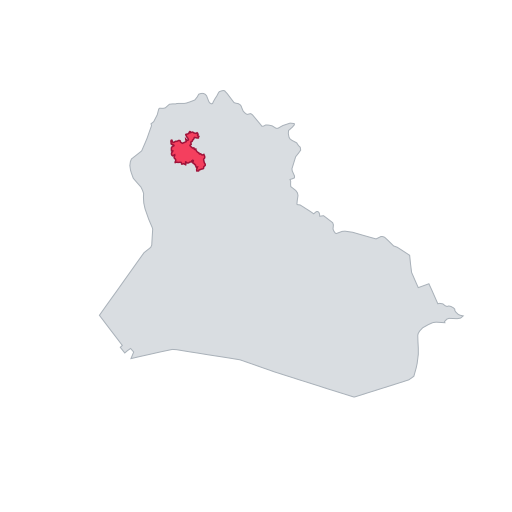 Al-Mosul, Ninawa, Iraq (highlighted), rotated 337°
{"feature_id": "34846034B66599568712680", "entity_name": "Al-Mosul", "entity_type": "district", "adm_level": 2, "iso_a3": "IRQ", "parent_name": "Iraq", "parent_adm1": "Ninawa", "projection": "natural_earth1", "projection_center": [43.075, 36.099], "detail": "fine", "context": "in_parent", "style": "filled", "palette": "rose", "viewbox_px": 512, "rotation_deg": 337, "n_neighbors": 0, "source": "geoboundaries", "source_scale": "gbopen_adm2", "svg_char_len": 8093}
<svg xmlns="http://www.w3.org/2000/svg" viewBox="0 0 512 512"><g transform="rotate(337 256 256)"><path d="M211.0,93.3L214.3,92.4L220.3,87.4L223.9,82.7L225.0,82.3L228.2,83.8L230.4,84.2L235.6,82.5L238.7,83.4L241.4,84.6L242.8,84.7L249.8,87.6L251.6,88.0L255.2,88.3L260.6,88.5L264.1,86.6L266.5,84.7L268.2,84.8L269.9,85.2L271.3,86.0L272.5,87.4L273.1,89.3L272.9,95.6L273.4,97.3L274.4,98.5L275.6,98.7L277.0,97.3L279.6,95.3L282.7,93.2L285.1,91.2L286.4,90.4L288.5,90.5L290.6,90.9L291.8,91.8L291.8,92.2L292.9,95.1L295.7,106.2L297.3,107.6L299.1,108.7L300.4,110.4L300.9,112.0L300.8,114.6L300.8,117.6L301.6,119.8L302.6,121.6L303.6,122.4L305.0,122.5L306.8,122.9L307.9,124.7L311.7,137.2L312.1,138.9L313.7,139.4L316.2,139.2L318.9,140.5L321.7,142.5L324.4,146.3L326.1,147.0L331.7,146.4L339.3,147.0L342.9,149.0L342.6,150.2L339.8,151.6L335.0,153.2L333.6,155.9L332.8,159.4L333.0,161.4L334.2,163.5L337.7,167.8L337.9,169.4L338.5,171.6L339.2,173.1L338.5,176.0L335.4,177.9L331.3,180.1L323.2,189.7L322.6,191.8L322.7,197.5L321.9,199.1L319.3,199.1L317.2,198.8L317.1,200.8L315.9,203.4L315.1,205.7L318.2,211.2L318.8,214.1L318.3,216.7L315.5,221.3L313.9,224.3L314.3,225.0L316.5,226.2L323.4,236.2L325.6,239.7L328.5,238.8L329.5,238.8L330.4,239.4L330.9,240.6L330.9,242.1L330.2,244.3L333.9,245.3L335.2,247.5L339.6,255.3L339.4,257.6L337.4,261.3L337.4,263.7L337.9,265.9L338.6,266.7L344.9,267.0L347.6,267.9L354.2,271.9L361.7,278.0L367.9,283.0L373.2,287.2L378.7,286.9L380.3,287.7L381.7,289.0L383.3,292.5L386.6,300.5L389.4,303.1L393.7,309.4L397.7,315.4L395.2,323.5L392.8,331.9L392.9,342.7L393.0,348.5L398.3,348.8L404.3,349.1L404.5,356.0L404.6,363.0L404.7,371.0L406.5,371.3L409.3,373.1L410.6,375.6L412.1,377.1L413.9,377.3L415.7,378.6L417.5,380.9L418.2,382.6L417.7,383.8L418.1,385.9L419.4,388.9L420.9,390.4L423.3,392.1L420.1,393.1L416.7,392.3L409.3,388.8L407.0,388.7L403.9,390.0L403.8,391.2L396.0,387.3L393.2,386.5L392.2,386.4L387.7,386.5L381.4,387.2L377.7,388.8L375.2,390.5L374.0,392.1L373.6,393.0L371.7,397.9L369.4,404.2L367.0,409.9L362.4,417.8L359.8,421.5L354.3,428.4L348.3,429.7L334.2,428.4L318.7,426.9L303.2,425.4L291.7,424.3L290.8,423.9L279.4,414.2L270.3,406.5L259.1,396.8L247.6,387.0L236.0,377.0L227.6,369.8L217.4,360.5L208.1,352.0L200.7,345.3L191.4,339.4L184.0,334.8L173.3,328.2L164.8,322.8L157.5,318.3L146.3,311.2L142.5,309.3L130.9,307.0L119.8,305.0L108.4,302.9L100.8,301.6L105.9,296.6L104.4,292.1L100.7,292.9L97.3,294.0L95.4,287.0L98.0,286.1L95.7,277.0L93.3,267.7L91.0,258.6L88.7,249.4L98.4,243.4L105.6,239.0L115.8,232.8L125.5,226.8L134.8,221.1L145.0,214.8L154.2,209.2L162.5,206.9L164.3,205.2L168.1,197.5L171.4,190.9L171.6,189.4L171.6,180.1L172.3,169.2L173.4,163.4L175.2,158.3L177.0,154.5L177.2,151.0L177.0,147.5L175.2,142.1L173.4,136.5L173.7,131.0L174.0,128.1L175.2,123.5L177.2,120.1L179.3,118.0L187.1,115.9L191.8,114.6L198.1,108.6L201.8,105.0L206.9,99.4L210.7,95.3L211.0,93.8L211.0,93.3Z" fill="#d9dde1" stroke="#a8b0b8" stroke-width="1"/><path d="M250.1,123.5L250.0,123.4L249.8,123.0L249.7,122.9L249.4,122.6L249.4,122.3L249.4,122.1L249.5,121.8L249.6,121.6L250.0,121.5L250.2,121.4L250.2,120.4L249.8,120.0L249.9,119.8L250.0,119.7L249.9,119.5L249.6,119.6L249.2,119.6L248.9,119.7L248.7,119.6L248.4,119.5L248.1,119.4L247.8,119.1L247.5,118.9L247.4,118.8L247.3,118.7L247.0,118.6L246.9,118.4L246.7,117.9L246.4,117.6L246.1,117.3L245.9,117.1L245.5,117.0L245.1,117.0L244.6,116.9L243.9,116.8L243.7,116.8L243.8,116.5L244.0,116.3L244.1,116.0L244.1,115.9L243.8,115.6L243.5,115.7L243.2,115.8L242.8,116.1L242.5,116.4L242.4,116.6L242.0,116.7L241.5,116.9L241.3,117.0L240.3,116.9L240.0,116.9L239.8,116.8L239.6,116.7L239.4,116.6L239.1,116.7L238.9,116.7L238.8,116.8L238.7,116.9L238.7,117.0L238.7,117.4L238.8,117.6L238.8,118.0L238.8,118.5L238.8,118.9L238.9,119.2L238.9,119.4L238.9,119.6L238.9,119.9L239.0,120.1L239.1,120.3L239.2,120.6L239.3,121.0L239.3,121.8L239.3,122.0L239.3,122.3L239.2,122.5L238.8,122.8L238.3,122.8L238.0,122.7L237.8,122.5L237.7,122.4L237.5,122.2L237.4,122.0L237.2,121.5L237.0,120.9L236.9,121.2L236.9,121.6L236.7,122.3L236.7,122.9L236.6,123.3L236.2,123.5L235.9,123.4L235.3,123.5L233.8,123.5L232.8,123.5L232.2,123.5L232.0,123.1L231.5,122.4L231.1,121.9L231.1,121.4L231.1,121.0L231.2,120.5L231.1,120.1L230.9,119.9L230.5,119.7L229.9,119.4L229.6,119.5L229.1,119.5L228.6,119.5L228.1,119.6L227.7,119.4L227.1,119.1L226.9,119.0L226.7,119.0L226.1,119.1L225.8,119.2L225.4,119.2L224.9,119.4L224.4,119.2L224.0,119.0L224.0,118.7L223.9,118.5L223.8,118.3L223.8,118.2L223.8,117.8L223.8,117.2L223.9,116.7L223.8,116.4L223.0,116.4L222.8,116.7L222.6,117.2L222.4,117.4L222.4,117.5L222.3,117.9L222.2,118.2L222.1,118.5L222.0,118.8L221.9,118.9L221.8,119.7L221.8,120.0L222.2,120.1L222.4,120.3L222.4,120.8L222.6,121.0L223.0,121.2L223.3,121.4L223.7,121.9L223.6,122.4L222.8,122.5L222.3,122.6L221.8,122.6L221.3,122.8L220.7,123.0L220.1,124.0L220.0,124.3L219.7,125.0L219.6,125.5L219.3,126.1L219.9,126.4L220.5,126.7L220.3,127.0L220.1,127.3L219.7,127.5L219.1,127.6L218.8,127.9L218.6,128.2L218.4,128.3L218.3,128.5L218.2,128.8L218.0,129.1L218.0,129.4L218.0,129.6L217.9,130.0L218.0,130.4L218.2,130.8L218.4,131.2L218.9,131.2L219.9,131.1L220.4,131.0L220.7,131.0L220.6,131.3L220.5,131.7L220.4,131.8L220.1,132.1L219.8,132.3L219.6,132.5L219.4,132.8L219.3,133.0L219.2,133.2L219.1,133.4L219.1,134.4L219.2,134.5L219.4,134.8L219.6,135.0L219.6,135.6L219.7,136.1L219.6,136.3L219.4,136.8L219.2,137.0L218.8,137.4L218.7,137.5L218.4,137.8L218.2,138.1L218.1,138.4L218.3,138.5L218.5,138.5L219.0,138.5L219.3,138.6L219.6,138.7L219.9,138.8L220.3,139.0L220.7,139.4L221.8,139.7L222.3,139.9L223.1,140.2L223.6,140.5L223.7,141.5L223.5,142.3L224.4,142.7L225.1,142.7L225.6,142.8L225.9,143.3L226.6,144.1L226.9,144.5L227.2,144.1L227.5,143.2L227.6,142.8L227.8,142.3L228.0,141.9L228.3,142.1L228.4,142.3L228.6,142.8L228.9,143.4L229.1,143.5L229.5,143.7L230.0,143.9L230.4,143.9L230.7,143.9L230.8,143.9L231.6,143.7L232.0,143.7L232.4,143.8L232.8,144.0L233.3,144.2L233.5,144.1L233.6,143.9L234.0,143.4L234.3,143.0L234.5,142.8L234.5,142.7L234.5,142.8L234.9,143.0L235.2,143.2L235.6,143.6L235.6,143.8L234.8,144.7L234.5,145.0L234.3,145.2L234.3,145.5L234.3,145.9L234.7,146.3L235.0,146.5L235.1,147.0L235.1,147.4L235.4,147.6L235.5,147.7L235.5,147.9L235.6,148.2L235.6,148.4L235.7,148.5L235.8,148.6L235.7,148.9L235.7,149.2L235.7,149.5L235.7,150.1L235.7,151.0L235.8,151.1L236.0,151.0L236.3,151.0L236.5,151.1L236.9,151.2L236.6,151.5L236.2,152.0L235.8,152.4L235.4,152.7L235.3,152.9L234.7,154.5L235.3,154.8L235.8,155.1L236.0,155.2L236.6,155.2L237.1,154.6L237.3,154.5L237.8,154.6L238.2,154.7L238.3,154.7L239.0,154.7L239.4,154.7L239.8,154.7L240.6,154.9L241.2,155.0L241.5,155.0L241.8,154.9L242.0,154.8L242.2,154.4L242.4,154.1L242.7,153.6L243.0,153.3L243.3,153.2L243.7,153.1L244.3,152.9L244.6,152.8L244.8,152.4L244.9,152.1L245.1,151.7L245.1,151.3L244.9,150.4L244.9,150.2L244.9,149.9L244.9,149.7L245.0,149.2L245.0,148.9L245.2,148.0L245.3,147.2L245.5,146.7L245.8,146.3L246.4,146.0L246.7,145.9L247.0,145.7L247.3,145.3L247.5,144.7L247.7,144.2L247.7,143.4L247.7,142.3L247.7,142.1L246.4,142.1L246.1,142.0L245.7,141.7L245.4,141.5L245.1,140.4L244.7,140.2L244.0,140.1L243.8,139.7L243.6,139.4L243.7,138.6L243.3,138.2L242.9,137.8L242.7,137.6L242.6,137.3L242.4,136.6L242.3,136.4L242.2,135.5L242.1,134.9L242.3,134.4L242.4,134.0L242.1,133.9L241.6,133.9L241.1,133.9L240.9,133.3L241.0,133.0L241.2,132.5L241.1,132.4L240.8,132.1L240.6,132.0L240.3,132.0L239.9,131.9L239.7,131.7L239.5,131.3L239.3,130.9L239.1,130.5L238.9,130.1L238.7,129.5L238.5,129.2L238.4,128.7L238.4,128.4L238.5,128.3L238.8,128.1L239.0,128.0L239.3,128.0L239.6,128.0L239.9,128.0L240.0,127.9L240.0,127.5L240.2,126.8L240.3,126.2L240.7,125.6L240.8,125.6L241.0,125.6L241.5,125.6L241.9,125.5L242.0,125.5L242.2,125.3L242.4,125.1L242.6,124.9L242.8,124.7L243.2,124.5L243.4,124.4L243.6,124.3L243.8,124.3L244.0,124.2L244.3,124.0L244.5,123.8L244.8,123.6L245.0,123.4L245.3,123.1L245.4,122.9L245.5,122.9L245.8,122.8L246.2,123.1L246.5,123.3L246.7,123.5L247.0,123.7L247.3,123.9L247.6,124.2L247.9,124.3L248.2,124.5L248.4,124.6L248.9,124.7L249.1,124.8L249.2,124.6L249.4,124.3L249.6,124.0L249.8,123.8L249.9,123.6L250.1,123.5Z" fill="#f43f5e" stroke="#9f1239" stroke-width="1.5"/></g></svg>